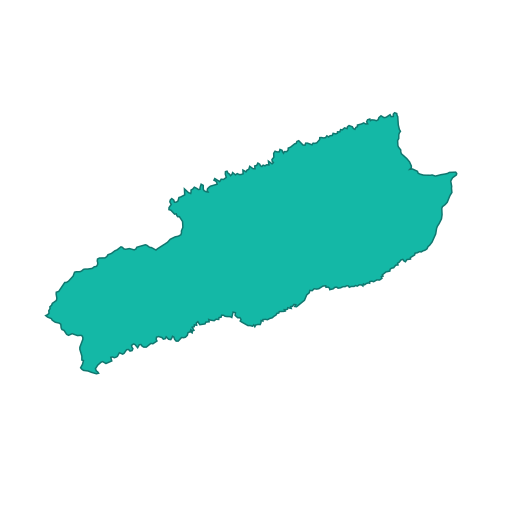 outline of Tiros, Minas Gerais, Brazil, rotated 229°
{"feature_id": "56859067B17885968557044", "entity_name": "Tiros", "entity_type": "district", "adm_level": 2, "iso_a3": "BRA", "parent_name": "Brazil", "parent_adm1": "Minas Gerais", "projection": "robinson", "projection_center": [-45.811, -18.837], "detail": "fine", "context": "isolated", "style": "filled", "palette": "teal", "viewbox_px": 512, "rotation_deg": 229, "n_neighbors": 0, "source": "geoboundaries", "source_scale": "gbopen_adm2", "svg_char_len": 6107}
<svg xmlns="http://www.w3.org/2000/svg" viewBox="0 0 512 512"><g transform="rotate(229 256 256)"><path d="M149.2,389.7L150.3,392.1L150.2,394.0L151.0,398.0L154.7,406.0L158.5,410.6L159.5,412.6L160.3,415.4L162.3,420.3L165.1,423.5L170.0,427.4L170.9,429.0L170.7,432.5L171.1,435.6L174.4,442.1L175.4,445.5L178.9,448.0L180.2,449.4L184.8,452.1L186.1,455.6L185.7,460.4L186.6,461.6L188.3,461.7L192.2,456.8L192.6,454.9L193.7,452.7L196.0,449.0L198.6,443.8L201.6,442.1L202.5,440.6L207.0,435.6L210.5,433.3L212.2,432.7L214.0,433.4L219.0,431.2L220.5,428.9L220.7,431.1L222.0,432.3L226.3,433.6L230.7,433.7L237.7,432.8L239.5,433.5L241.1,434.8L244.6,435.0L246.2,435.5L250.2,438.6L251.0,440.8L253.9,443.4L254.9,445.1L255.3,446.8L257.4,447.2L261.6,449.4L268.2,454.4L269.6,454.7L271.2,455.7L273.2,454.6L273.0,452.7L271.2,451.2L272.5,449.4L274.7,449.9L275.3,445.2L276.4,443.4L279.8,442.3L279.8,439.5L278.7,437.6L279.1,435.6L280.8,434.6L282.8,432.7L283.1,431.1L284.7,431.8L285.6,429.6L284.8,427.6L282.5,427.0L283.7,425.4L285.8,424.6L286.4,422.3L288.3,418.5L287.1,417.4L287.5,415.6L286.7,413.7L288.4,413.1L290.3,413.5L293.4,411.8L293.5,409.8L292.4,408.3L294.6,406.9L294.6,403.8L295.9,402.8L294.7,400.7L296.2,399.0L295.2,398.0L295.9,396.2L298.0,394.7L296.9,392.6L298.2,390.8L298.2,388.9L300.2,388.3L299.7,386.1L300.8,384.4L302.6,383.0L303.5,381.8L302.1,380.4L301.5,376.1L302.5,374.2L303.7,373.1L303.2,371.2L307.4,368.9L308.6,367.5L307.5,365.7L308.8,364.3L315.0,363.9L315.6,362.0L314.6,360.2L315.3,358.7L315.5,353.5L316.3,351.1L314.9,349.8L314.6,347.6L316.2,345.9L315.5,344.2L317.2,344.4L318.7,345.0L320.7,344.0L319.3,341.9L320.7,340.2L322.6,339.1L321.9,336.7L318.8,334.2L318.4,331.4L316.9,330.4L315.1,330.4L315.0,328.6L319.4,327.6L316.3,325.5L317.9,323.8L318.2,321.9L319.9,321.0L319.7,319.1L321.2,318.6L322.9,319.0L324.9,318.4L323.9,315.9L324.8,314.1L322.5,312.5L323.9,311.0L327.8,310.1L326.2,307.5L326.7,305.5L326.1,303.7L329.4,302.5L326.5,300.2L327.3,298.1L328.5,296.7L330.5,295.9L330.7,293.7L334.3,293.1L333.4,291.5L333.3,289.5L335.1,289.7L337.0,289.2L339.0,289.8L339.7,288.3L338.0,286.6L334.8,285.1L335.1,281.7L336.8,280.1L336.0,277.4L341.5,275.7L340.8,274.0L339.1,274.7L337.4,274.7L335.7,273.7L338.6,267.4L338.7,265.6L338.5,263.5L337.4,262.1L335.8,261.8L337.2,260.5L339.2,259.7L340.8,259.9L343.9,262.5L346.2,261.7L344.5,258.9L343.1,257.5L344.0,256.1L346.0,255.6L348.4,254.6L348.0,252.2L348.4,250.2L347.1,249.2L346.0,247.7L348.2,246.6L353.6,246.0L348.9,242.3L349.9,238.0L350.7,236.2L348.7,233.2L348.9,231.2L350.1,229.7L352.1,230.6L354.6,230.1L354.5,228.1L353.4,226.5L350.5,225.8L349.6,222.1L348.1,220.7L346.4,221.8L341.0,222.0L340.1,223.5L338.5,222.8L337.0,222.7L335.9,224.0L330.2,223.2L325.6,219.6L323.8,216.1L322.4,215.0L321.3,213.2L321.9,210.4L323.5,207.5L324.9,202.3L324.4,198.1L326.1,186.4L326.1,184.4L331.0,182.6L332.3,181.4L335.9,180.6L337.1,179.8L340.8,171.8L340.1,170.0L340.5,168.1L344.7,165.3L346.6,162.0L348.2,160.9L350.1,160.9L351.5,160.1L351.8,155.0L352.5,153.0L352.8,148.5L354.1,145.1L353.4,143.0L353.7,140.7L357.2,136.5L357.7,134.4L356.4,132.9L354.7,132.1L353.5,130.9L352.8,128.8L354.0,126.8L354.1,124.3L356.6,120.3L358.3,118.4L359.1,117.0L359.1,114.5L359.6,112.9L362.1,109.9L362.8,108.4L360.8,104.8L360.0,98.0L360.4,95.6L361.5,94.3L358.7,83.9L359.7,81.5L358.4,80.2L354.8,78.0L353.4,76.2L353.9,71.2L352.9,69.4L352.9,67.1L351.4,66.1L350.7,63.8L348.5,62.1L348.5,60.0L349.0,58.2L346.7,58.6L342.9,60.5L341.4,60.1L337.8,61.0L334.5,63.4L332.6,63.9L329.6,61.8L327.8,61.3L325.8,62.3L321.1,61.7L319.1,62.5L318.0,66.3L313.0,69.1L310.9,72.0L309.5,72.3L308.0,71.8L306.7,70.6L302.7,63.2L301.1,61.8L294.7,58.9L291.7,56.3L290.3,57.2L288.1,54.0L286.7,50.3L284.6,50.3L282.8,50.8L279.4,53.8L276.3,55.4L271.8,58.3L270.8,60.3L272.6,60.5L274.0,60.1L276.3,60.9L277.5,65.0L277.5,69.4L276.9,71.0L273.3,72.2L271.4,78.3L274.8,79.9L273.9,81.5L272.2,82.3L271.5,83.9L271.2,85.5L272.6,89.4L269.4,91.0L269.1,92.6L270.2,96.9L269.0,98.5L266.9,98.5L265.9,100.4L266.8,102.3L268.7,102.5L270.2,103.5L270.0,105.9L268.6,106.6L264.4,106.5L265.6,109.7L264.7,111.1L262.8,110.9L260.9,111.5L259.2,113.4L259.0,119.3L257.4,120.6L256.8,125.5L258.7,126.0L260.0,127.7L259.2,129.6L256.2,131.5L254.0,131.5L253.1,133.4L253.9,135.2L250.5,135.4L248.8,136.8L249.4,138.8L250.2,140.3L248.8,140.8L246.4,139.9L244.1,139.9L242.8,141.4L243.3,146.4L241.8,147.8L241.0,149.5L241.2,152.2L242.7,154.2L242.0,156.7L243.2,158.4L241.2,158.7L240.6,160.4L244.1,161.1L243.2,163.0L244.5,164.3L242.7,165.8L244.6,167.0L244.6,169.0L241.0,168.5L238.2,173.0L239.0,174.7L237.1,177.5L239.1,178.7L237.3,179.7L234.6,182.0L234.5,184.4L232.6,186.2L233.8,187.7L232.7,189.5L233.9,191.2L232.5,192.7L231.0,193.0L229.6,194.1L227.1,196.8L225.5,197.4L228.7,201.9L226.7,203.3L224.9,201.3L222.8,201.5L221.2,201.8L220.1,203.4L217.9,203.1L217.3,201.4L215.7,201.8L208.7,204.3L207.4,205.9L205.3,207.3L205.5,209.1L203.4,208.7L204.1,210.6L203.1,212.5L201.5,214.2L202.4,216.0L203.9,217.6L202.3,218.5L203.5,219.5L201.9,221.7L200.4,222.8L199.8,225.4L198.7,227.7L198.7,230.2L198.3,232.4L199.0,234.1L198.0,235.8L198.8,237.1L196.2,240.3L195.3,241.9L196.9,242.2L195.8,243.4L195.2,244.9L196.1,246.1L193.3,248.2L195.1,249.0L194.1,250.4L194.6,252.8L193.2,254.1L192.5,252.1L191.1,253.3L190.8,263.6L193.4,268.8L193.3,272.0L194.7,274.1L193.0,275.6L193.1,278.5L191.2,280.1L190.1,282.0L189.4,286.7L187.8,289.1L186.5,288.3L185.2,290.0L183.5,290.4L182.2,289.6L180.6,292.7L180.6,295.0L179.5,296.5L177.9,296.8L176.5,299.0L175.8,301.5L174.4,303.1L174.0,305.1L172.8,306.1L171.2,305.9L170.5,307.9L168.7,310.0L168.4,311.8L166.8,312.7L166.5,315.1L164.9,316.7L163.2,317.0L164.4,318.7L163.0,319.1L162.9,321.1L162.1,323.0L160.9,323.9L162.1,325.0L161.0,326.9L159.4,327.9L158.7,331.5L156.8,333.5L156.5,336.4L158.2,337.1L157.5,338.7L158.9,339.0L158.7,343.7L156.8,347.1L158.0,348.5L157.9,350.2L156.8,352.2L157.4,355.4L156.1,357.3L157.7,358.1L157.4,360.0L157.9,362.9L157.1,364.6L155.1,364.4L153.6,365.0L154.3,367.6L152.3,370.6L153.5,371.5L152.7,376.4L153.8,377.9L152.6,379.8L152.1,382.1L150.6,383.5L150.4,385.2L149.5,387.3L149.2,389.7ZM242.0,156.7L239.9,157.4L241.2,158.7L242.0,156.7Z" fill="#14b8a6" stroke="#0f766e" stroke-width="1.5"/></g></svg>